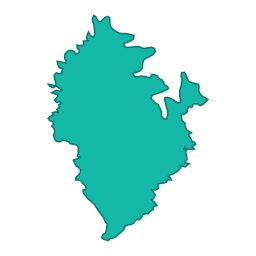 outline of Diamante do Sul, Paraná, Brazil
{"feature_id": "56859067B73289338491032", "entity_name": "Diamante do Sul", "entity_type": "district", "adm_level": 2, "iso_a3": "BRA", "parent_name": "Brazil", "parent_adm1": "Paraná", "projection": "mercator", "projection_center": [-52.698, -24.994], "detail": "fine", "context": "isolated", "style": "filled", "palette": "teal", "viewbox_px": 256, "rotation_deg": 0, "n_neighbors": 0, "source": "geoboundaries", "source_scale": "gbopen_adm2", "svg_char_len": 3460}
<svg xmlns="http://www.w3.org/2000/svg" viewBox="0 0 256 256"><path d="M88.5,31.9L87.2,34.8L86.7,38.2L87.7,40.5L85.7,41.0L83.3,41.1L83.7,44.7L80.6,45.8L77.0,45.0L77.1,48.0L79.3,49.9L78.8,52.7L75.8,54.5L74.4,51.5L71.0,50.2L68.2,50.9L64.9,54.1L64.6,58.6L66.3,60.7L65.5,63.2L63.0,62.4L59.9,61.8L57.2,61.2L57.7,64.0L59.1,67.5L62.7,68.7L61.5,73.0L58.8,73.9L56.3,72.7L54.1,75.2L54.7,79.2L55.8,83.0L55.8,86.1L59.2,88.1L61.9,90.1L59.6,91.3L56.1,90.4L51.6,92.7L55.3,94.2L57.9,94.1L57.3,96.8L54.6,100.4L56.9,102.6L59.2,101.6L61.6,103.3L58.6,104.8L59.2,108.0L56.8,109.5L58.3,112.4L55.3,111.9L52.3,112.7L53.4,115.3L50.1,116.4L48.1,118.3L49.7,120.7L52.5,121.2L53.6,124.3L51.8,126.0L53.8,128.2L54.8,131.9L53.4,135.7L54.8,139.2L56.3,141.4L59.5,141.9L62.7,140.0L66.1,140.9L68.6,141.7L70.3,143.7L76.7,144.9L78.2,146.8L78.3,149.6L78.2,153.6L77.5,156.4L79.7,157.1L77.7,158.7L73.3,160.1L76.1,165.9L78.5,167.4L80.7,169.8L80.1,172.8L78.2,175.3L76.0,177.5L75.6,180.0L78.3,179.9L81.3,180.9L83.0,183.7L85.9,186.2L86.0,189.4L83.0,190.0L83.5,193.3L85.8,195.8L87.6,198.5L90.2,200.6L92.2,202.4L94.7,204.4L95.8,206.8L97.7,209.4L99.5,212.2L103.6,217.4L105.0,221.4L107.2,224.0L106.3,230.2L105.8,232.9L103.0,234.5L101.5,237.7L104.3,239.5L108.4,240.6L109.8,238.7L113.0,238.0L116.3,236.5L118.3,234.4L120.4,232.8L122.5,230.9L124.0,229.2L125.0,226.2L128.2,224.8L131.0,224.5L133.1,223.5L135.0,221.0L136.9,219.5L139.3,219.8L141.6,217.5L143.2,214.5L145.5,213.7L148.3,213.8L150.1,211.4L153.1,209.7L153.7,206.4L157.0,205.7L154.1,201.8L151.7,200.2L153.6,198.5L155.4,194.9L153.7,192.8L152.3,190.0L156.1,190.0L158.4,188.2L157.8,184.0L160.9,183.3L164.1,183.0L166.1,182.1L167.9,179.7L171.3,180.0L170.2,177.5L168.2,176.2L170.7,174.5L173.7,173.8L177.7,171.0L180.2,168.4L180.1,165.7L185.2,166.9L189.2,163.7L184.7,162.8L187.0,159.6L186.5,155.1L185.6,152.6L186.5,149.4L189.9,149.1L192.1,149.6L194.3,149.1L191.9,145.8L195.6,144.7L194.6,142.2L192.4,141.8L191.2,139.2L188.3,134.7L191.5,132.8L189.4,131.6L187.0,130.2L184.8,126.1L185.2,123.3L181.7,120.8L181.7,117.8L181.1,114.1L184.5,114.3L187.3,111.8L187.6,108.9L188.7,106.8L191.8,107.2L193.5,103.9L197.4,103.9L199.8,105.5L202.7,104.6L205.8,101.7L207.9,99.4L203.9,97.1L202.0,95.9L199.6,93.2L198.8,90.4L199.0,86.9L198.5,84.3L194.6,83.4L189.3,81.9L187.3,79.0L186.6,76.3L185.6,74.1L184.3,72.3L181.6,72.7L181.1,76.5L182.1,78.5L181.2,85.3L179.7,90.4L179.7,95.8L180.6,99.8L180.2,102.4L177.5,102.8L174.3,100.4L169.1,97.8L167.0,97.4L164.7,97.7L164.5,100.4L165.5,102.7L166.1,106.2L167.4,110.3L167.7,114.1L166.9,118.7L164.8,119.2L163.0,118.0L161.6,116.0L161.5,112.7L160.7,109.5L159.5,107.5L158.0,104.5L155.3,102.9L150.6,98.2L152.8,95.0L155.7,93.9L161.6,92.1L164.5,90.7L166.8,89.8L168.5,88.5L167.5,86.4L164.5,84.8L163.5,82.2L161.8,79.7L159.1,78.8L156.9,75.5L152.1,74.3L150.1,77.6L146.8,77.0L141.5,76.0L137.7,77.0L134.5,76.4L132.8,73.4L139.7,71.2L142.5,67.9L142.5,64.1L143.7,59.9L147.3,57.5L153.2,54.6L155.3,51.5L154.6,48.6L151.5,47.2L144.4,48.5L141.8,47.9L138.8,46.5L131.2,47.1L126.3,47.4L123.5,45.9L124.6,43.0L128.1,42.0L131.2,40.7L133.2,39.2L134.1,35.4L129.0,34.2L126.3,33.7L123.5,33.6L120.2,33.4L117.3,32.2L113.5,29.7L111.2,27.4L109.9,24.5L109.7,17.5L106.8,16.4L104.1,18.2L100.8,21.7L98.3,21.3L95.8,16.7L93.7,15.4L92.4,18.8L92.9,21.5L94.1,24.8L94.1,27.9L94.8,31.0L94.9,33.7L93.6,37.3L90.2,35.5L88.5,31.9ZM186.5,149.4L183.9,149.2L185.2,146.7L186.5,149.4ZM55.8,86.1L52.2,84.9L48.3,84.2L49.9,86.4L53.3,87.8L55.8,86.1Z" fill="#14b8a6" stroke="#0f766e" stroke-width="1.5"/></svg>